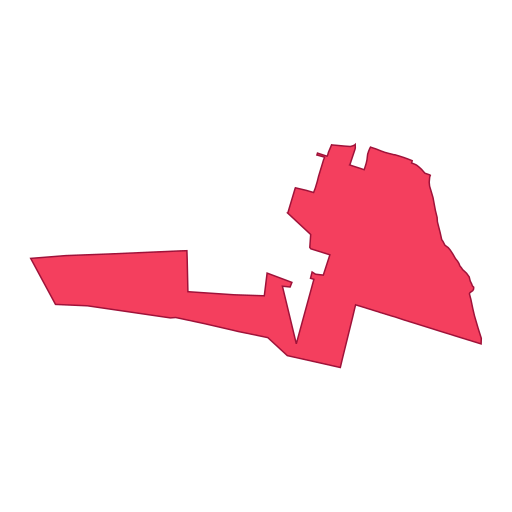 San Sebastián Abasolo, Oaxaca, Mexico
{"feature_id": "50627088B24853536589407", "entity_name": "San Sebastián Abasolo", "entity_type": "district", "adm_level": 2, "iso_a3": "MEX", "parent_name": "Mexico", "parent_adm1": "Oaxaca", "projection": "mercator", "projection_center": [-96.592, 16.987], "detail": "fine", "context": "isolated", "style": "filled", "palette": "rose", "viewbox_px": 512, "rotation_deg": 0, "n_neighbors": 0, "source": "geoboundaries", "source_scale": "gbopen_adm2", "svg_char_len": 2960}
<svg xmlns="http://www.w3.org/2000/svg" viewBox="0 0 512 512"><path d="M186.9,250.7L180.5,250.9L108.8,254.0L65.8,255.6L30.7,258.4L55.5,304.4L87.5,305.8L170.4,317.9L175.7,317.5L204.3,323.6L233.3,330.3L234.9,330.7L238.2,331.5L246.6,333.2L267.8,337.6L287.3,355.6L340.3,367.5L342.6,357.8L347.4,338.4L350.0,327.8L352.4,318.1L354.7,308.4L355.6,304.8L356.1,305.0L356.8,305.2L357.6,305.4L358.4,305.7L359.2,305.9L360.2,306.2L360.8,306.4L361.6,306.6L362.4,306.9L363.4,307.2L364.2,307.4L365.1,307.7L365.7,307.9L366.4,308.1L366.9,308.3L367.9,308.6L368.4,308.7L368.5,308.8L369.0,308.9L369.5,309.1L370.6,309.4L371.2,309.6L371.9,309.8L372.7,310.1L373.4,310.3L374.0,310.5L374.7,310.7L375.9,311.1L376.5,311.3L377.4,311.5L378.3,311.8L379.1,312.1L380.0,312.4L380.9,312.7L381.8,312.9L382.9,313.3L384.1,313.6L385.0,313.9L385.8,314.2L386.6,314.4L387.3,314.6L387.9,314.8L388.0,314.9L388.6,315.0L389.5,315.3L390.4,315.6L391.1,315.8L392.4,316.2L393.5,316.5L394.4,316.7L394.9,316.9L395.3,317.0L404.8,320.2L413.6,322.9L422.9,325.8L431.2,328.4L438.8,330.8L458.1,336.8L481.1,343.9L481.3,338.3L479.8,333.6L478.1,328.2L474.5,315.9L472.9,309.1L470.9,299.5L469.4,293.8L469.9,292.7L472.8,290.6L473.6,289.1L473.7,287.2L472.4,285.9L471.7,284.0L470.3,281.2L469.9,279.8L469.2,276.9L468.4,275.8L466.6,273.3L464.4,271.2L462.6,269.6L461.5,267.9L459.8,265.8L459.0,263.6L457.7,261.4L455.4,258.5L452.9,254.1L450.2,250.0L448.3,247.7L444.9,245.2L443.0,241.5L441.7,239.6L440.2,232.8L437.4,221.8L437.1,217.4L435.4,210.5L433.0,197.6L431.5,192.5L429.6,186.2L429.2,182.3L429.7,177.0L430.3,175.3L429.5,174.8L426.9,173.9L424.9,173.2L424.1,172.3L421.5,169.3L419.2,167.2L417.1,165.5L416.4,165.0L414.5,164.1L411.6,163.0L412.2,160.7L410.2,159.9L407.4,158.8L405.7,158.2L404.1,157.6L401.9,156.9L399.1,156.0L396.4,155.2L395.1,154.8L394.3,154.7L394.1,154.8L393.1,154.5L390.8,153.9L389.1,153.5L387.6,153.1L386.2,152.7L385.0,152.4L384.4,152.2L383.1,151.7L382.3,151.4L381.8,151.3L381.4,151.1L380.9,150.9L379.1,150.2L376.9,149.3L375.3,148.7L374.3,148.4L371.9,147.6L371.0,147.3L370.5,147.1L369.7,148.6L369.3,149.6L368.6,151.2L368.2,152.6L367.8,153.6L367.6,154.6L367.4,156.2L367.0,159.7L366.2,163.3L365.2,166.6L364.2,169.7L362.9,169.3L360.0,168.3L357.5,167.5L352.2,165.8L349.7,164.9L349.9,164.7L351.1,161.0L353.2,154.7L355.0,149.3L355.3,147.9L355.2,144.5L354.8,144.9L352.9,145.8L350.4,146.5L344.7,146.1L336.3,145.3L332.5,145.0L331.6,144.8L328.4,152.4L327.7,155.0L327.0,156.2L317.5,153.1L317.1,154.5L316.9,155.0L317.3,155.1L324.0,157.0L324.3,157.2L324.5,157.7L323.6,159.7L321.1,168.0L320.7,169.1L320.7,169.3L318.6,176.2L317.3,181.4L317.1,182.1L315.3,188.1L313.6,192.5L306.4,190.4L295.4,187.8L295.2,188.2L287.9,212.7L287.5,212.9L310.7,234.5L309.8,247.4L310.8,248.8L329.9,254.8L323.3,275.1L315.5,274.2L312.1,272.0L310.5,278.3L313.9,279.3L296.3,343.8L290.1,318.1L282.4,286.2L290.1,287.0L291.9,282.4L267.1,273.1L264.3,295.8L234.4,294.8L187.9,291.7L187.2,259.7L186.9,250.7Z" fill="#f43f5e" stroke="#9f1239" stroke-width="1.5"/></svg>